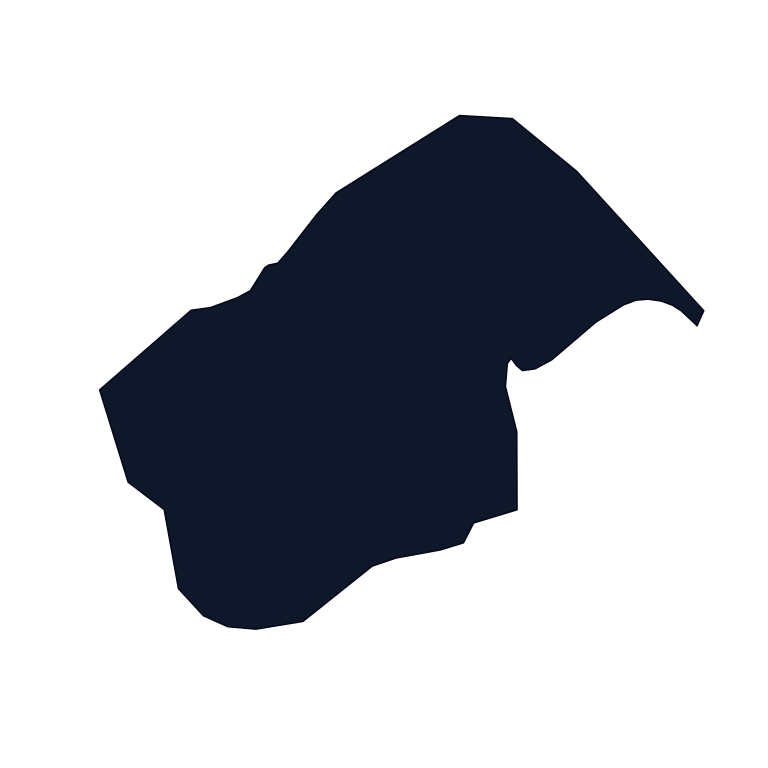 map outline of Žalec (Natural Earth projection), rotated 229°
{"feature_id": "SVN-224", "entity_name": "Žalec", "entity_type": "Statistical Region", "adm_level": 1, "iso_a3": "SVN", "parent_name": "Slovenia", "parent_adm1": "", "projection": "natural_earth1", "projection_center": [15.16, 46.26], "detail": "fine", "context": "isolated", "style": "filled", "palette": "ink", "viewbox_px": 768, "rotation_deg": 229, "n_neighbors": 0, "source": "natural_earth", "source_scale": "10m", "svg_char_len": 709}
<svg xmlns="http://www.w3.org/2000/svg" viewBox="0 0 768 768"><g transform="rotate(229 384 384)"><path d="M566.1,165.5L566.2,286.8L555.5,303.2L545.4,329.8L542.1,344.3L550.0,370.1L549.5,374.8L544.9,383.0L546.8,397.4L556.0,444.2L559.7,473.3L537.1,617.1L500.1,655.0L418.0,669.0L229.5,673.4L222.6,658.5L244.3,656.3L254.2,653.4L264.9,647.5L274.6,639.1L282.0,629.1L286.6,616.5L291.7,584.5L292.2,526.5L296.3,508.0L303.3,497.3L311.2,496.1L319.9,496.8L318.6,490.6L302.4,474.0L260.7,452.8L201.8,401.9L220.3,360.5L212.0,339.8L221.7,317.9L244.9,278.7L254.3,255.6L258.0,167.1L283.0,126.5L303.3,106.9L327.4,95.7L364.4,94.6L433.4,135.7L477.8,126.5L566.1,165.5Z" fill="#0f172a" stroke="#020617" stroke-width="1.5"/></g></svg>